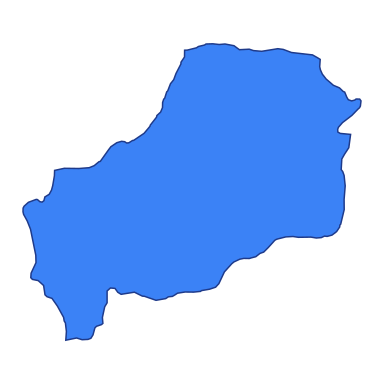 outline of Quezaltepeque, Chiquimula, Guatemala
{"feature_id": "79465075B70587573094312", "entity_name": "Quezaltepeque", "entity_type": "district", "adm_level": 2, "iso_a3": "GTM", "parent_name": "Guatemala", "parent_adm1": "Chiquimula", "projection": "albers", "projection_center": [-89.461, 14.613], "detail": "fine", "context": "isolated", "style": "filled", "palette": "blue", "viewbox_px": 384, "rotation_deg": 0, "n_neighbors": 0, "source": "geoboundaries", "source_scale": "gbopen_adm2", "svg_char_len": 2228}
<svg xmlns="http://www.w3.org/2000/svg" viewBox="0 0 384 384"><path d="M249.3,258.5L251.2,257.9L255.8,256.7L260.0,253.4L263.7,252.1L268.2,247.6L274.8,240.3L276.1,239.5L277.5,239.0L285.8,236.9L293.0,236.5L298.4,237.3L310.9,237.1L316.3,238.0L321.3,237.6L324.5,236.1L327.2,236.4L332.0,235.1L336.6,231.6L339.7,227.0L339.8,225.2L340.7,224.2L344.2,209.6L344.1,199.5L345.2,185.9L344.1,175.4L342.7,171.5L341.2,169.6L341.8,159.0L344.6,154.1L348.8,147.7L350.6,134.4L340.2,133.4L337.8,132.0L337.7,129.3L338.4,127.3L342.5,122.6L351.9,115.4L358.1,109.0L359.5,107.8L360.4,106.1L361.0,100.9L359.7,99.1L356.1,99.0L354.7,100.1L351.6,100.9L348.3,99.7L346.8,97.2L344.7,92.1L343.1,91.4L339.5,87.9L333.4,85.3L326.1,79.0L322.3,74.1L320.4,69.8L319.7,66.7L320.2,59.4L317.8,57.9L312.5,54.9L291.5,52.5L283.2,49.4L277.8,48.7L261.7,51.3L253.5,50.6L249.3,49.2L239.4,49.7L234.0,45.7L225.0,44.0L219.2,44.5L212.8,43.8L206.0,44.0L204.6,45.0L198.4,46.5L196.5,47.8L187.3,50.1L184.6,50.2L184.5,57.0L181.0,62.2L180.9,64.0L176.0,73.5L173.7,79.7L170.5,83.7L167.7,90.9L166.7,91.9L164.7,98.2L163.7,99.2L162.6,102.5L162.5,107.6L160.6,112.1L156.9,115.5L156.5,117.2L150.3,125.1L149.9,126.4L144.1,133.3L133.6,140.4L132.5,140.5L128.8,142.8L126.6,143.0L124.7,141.7L121.6,141.3L116.8,142.7L110.9,146.7L108.4,150.0L100.3,161.4L99.0,161.7L94.1,165.7L89.2,167.7L78.8,168.5L64.3,168.3L54.6,170.4L54.4,175.8L52.7,185.7L51.5,190.1L49.2,194.3L44.9,196.9L43.9,200.7L42.1,202.1L39.9,201.7L37.5,199.6L36.2,199.4L28.4,202.3L24.1,206.2L23.1,208.1L23.0,211.8L23.6,214.4L27.2,220.9L30.5,229.2L35.8,255.3L36.0,262.6L31.1,273.2L30.8,277.7L32.4,279.4L38.2,280.6L43.6,285.5L45.0,294.8L47.0,296.7L52.0,298.4L57.4,306.1L63.6,317.4L64.2,321.0L65.4,322.9L66.4,331.5L65.8,340.2L76.6,338.0L82.1,339.7L88.0,339.4L90.9,338.3L93.0,334.9L94.9,327.9L96.5,326.3L101.5,324.6L102.9,323.4L102.4,317.5L104.7,306.8L107.1,302.8L107.1,291.0L110.4,288.0L115.0,288.4L117.8,292.3L121.1,294.3L134.4,292.2L142.3,296.1L144.5,296.3L156.0,300.3L165.7,298.6L168.4,296.8L172.4,296.4L175.1,294.8L177.5,293.2L185.1,292.0L193.7,292.1L200.5,291.4L201.5,290.6L209.6,289.2L215.6,287.2L218.9,283.6L224.4,271.9L231.7,263.8L234.0,261.9L239.8,259.2L243.8,258.4L249.3,258.5Z" fill="#3b82f6" stroke="#1e3a8a" stroke-width="1.5"/></svg>